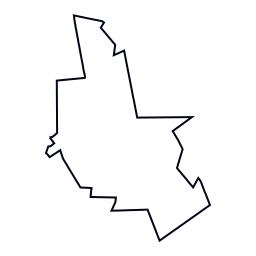 Atil, Sonora, Mexico (Robinson projection)
{"feature_id": "50627088B76785012932059", "entity_name": "Atil", "entity_type": "district", "adm_level": 2, "iso_a3": "MEX", "parent_name": "Mexico", "parent_adm1": "Sonora", "projection": "robinson", "projection_center": [-111.551, 30.829], "detail": "fine", "context": "isolated", "style": "outline", "palette": "ink", "viewbox_px": 256, "rotation_deg": 0, "n_neighbors": 0, "source": "geoboundaries", "source_scale": "gbopen_adm2", "svg_char_len": 2867}
<svg xmlns="http://www.w3.org/2000/svg" viewBox="0 0 256 256"><path d="M159.6,240.6L210.0,205.0L209.9,204.8L209.8,204.5L209.4,203.7L208.9,202.3L208.4,201.1L207.9,199.6L207.2,198.0L206.8,197.0L206.4,195.9L205.9,194.5L205.3,193.1L204.5,191.4L204.3,190.7L204.0,190.0L203.7,189.1L203.4,188.3L203.0,187.3L202.6,186.4L202.2,185.4L201.9,184.4L201.0,182.1L200.8,181.8L200.2,180.5L199.6,179.8L199.0,179.0L198.3,178.0L197.6,179.2L196.3,181.6L195.0,184.0L194.1,185.6L193.1,187.4L192.4,186.5L191.5,185.4L190.4,184.2L188.9,182.4L187.6,180.8L186.6,179.5L184.6,177.1L183.3,175.6L181.8,173.8L180.7,172.5L179.9,171.5L179.0,170.5L178.3,169.6L177.6,168.8L177.0,168.0L177.5,166.3L178.1,164.0L179.0,161.4L179.6,159.1L179.9,158.0L180.3,157.0L180.7,155.6L181.1,154.3L181.3,153.7L181.6,152.7L181.9,151.6L182.3,150.4L182.6,149.3L182.3,148.4L181.2,146.3L180.6,145.1L180.1,144.1L179.8,143.4L178.4,140.6L172.7,131.1L191.9,117.1L159.8,117.4L137.2,117.6L133.6,99.1L133.0,96.6L132.8,95.6L132.8,95.3L124.1,50.6L113.8,55.2L115.2,44.8L100.8,27.7L104.0,22.5L102.2,21.3L101.9,21.1L101.5,21.1L101.0,21.0L100.1,20.8L97.3,20.2L93.5,19.5L90.8,18.9L89.2,18.6L87.7,18.3L86.1,18.0L85.6,17.9L85.0,17.7L84.6,17.6L84.0,17.5L82.6,17.2L81.3,17.0L80.1,16.7L79.5,16.6L78.6,16.4L77.9,16.3L76.7,16.0L76.0,15.9L75.8,15.8L75.1,15.7L74.3,15.5L73.9,15.4L74.4,19.7L74.6,20.7L74.7,21.6L74.8,22.2L74.9,22.8L75.0,23.3L75.1,23.8L75.2,24.4L75.2,24.6L75.3,25.0L75.3,25.3L75.4,25.6L75.5,26.4L75.7,27.5L75.9,28.2L75.9,28.3L75.9,28.5L76.0,29.2L76.2,30.0L76.3,30.6L76.4,31.2L76.5,31.6L76.6,32.3L76.7,32.6L76.7,32.9L76.9,33.7L77.0,34.5L77.2,35.4L77.3,36.2L77.5,36.7L77.6,37.6L77.7,38.0L77.8,38.6L77.9,38.9L77.9,39.2L78.0,39.3L78.0,40.2L78.2,40.8L78.3,41.5L78.5,42.7L78.7,43.6L78.9,44.6L79.3,46.7L79.6,48.3L79.7,48.8L79.7,49.3L79.7,49.6L79.9,49.9L80.1,51.0L80.3,52.3L80.5,53.1L80.7,54.6L80.9,55.6L81.2,57.0L81.4,58.3L81.7,59.4L81.9,60.6L82.1,62.0L82.7,64.8L82.8,65.4L83.0,66.7L83.2,67.8L83.4,68.9L83.5,69.7L83.7,70.6L83.9,71.7L84.2,73.2L84.4,73.6L84.6,73.8L84.7,74.7L84.8,75.8L85.0,76.6L85.0,77.1L84.8,77.9L56.8,80.6L57.1,133.0L56.0,133.9L54.4,135.4L53.5,136.0L52.2,136.9L50.7,137.2L51.0,137.6L50.4,138.3L54.2,143.3L50.6,146.2L48.3,146.4L46.0,153.0L46.9,153.9L48.0,155.0L48.7,156.0L49.7,157.1L60.3,150.2L60.6,151.5L63.0,158.6L65.1,162.1L66.8,164.9L68.8,168.3L70.1,170.5L71.5,172.7L72.6,174.5L73.9,176.7L75.8,179.9L76.6,181.2L78.2,183.7L78.7,184.5L79.8,186.4L80.4,187.5L87.7,187.8L91.6,188.1L91.5,188.5L91.4,189.2L91.2,190.0L91.1,191.4L91.0,192.6L90.6,197.0L115.9,197.5L115.4,202.1L114.0,205.2L113.5,206.3L111.5,210.7L116.5,210.6L120.1,210.5L122.5,210.4L124.7,210.3L126.3,210.3L127.6,210.2L129.1,210.2L130.1,210.1L131.2,210.1L132.7,210.1L134.7,210.0L135.6,210.0L137.1,210.0L137.9,209.9L138.9,209.9L140.0,209.9L141.4,209.8L142.8,209.8L145.1,209.7L147.6,209.6L148.3,211.5L159.6,240.6Z" fill="none" stroke="#020617" stroke-width="2"/></svg>